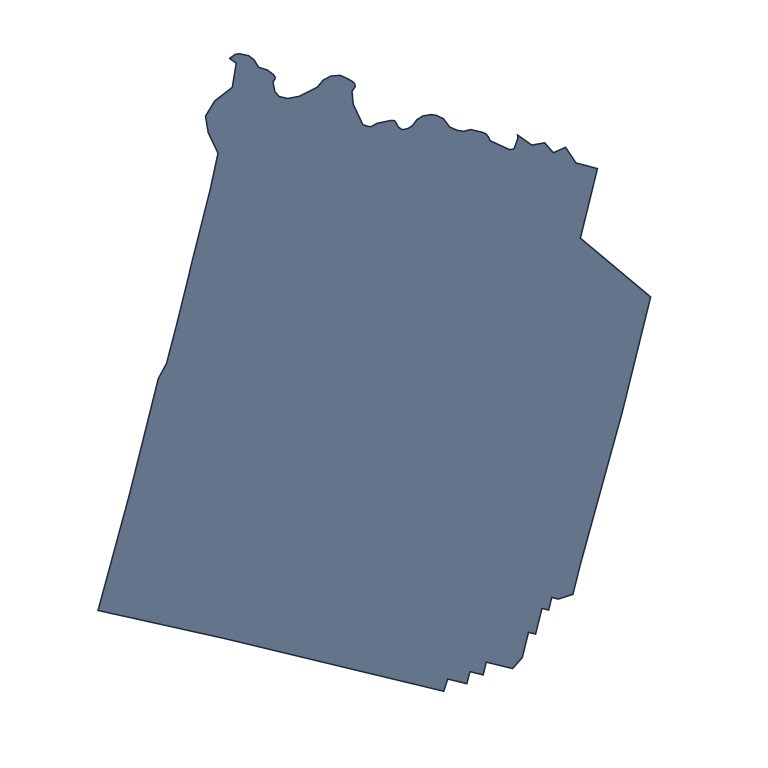 Vernon, Louisiana, United States of America, rotated 104°
{"feature_id": "52423323B35564374613878", "entity_name": "Vernon", "entity_type": "district", "adm_level": 2, "iso_a3": "USA", "parent_name": "United States of America", "parent_adm1": "Louisiana", "projection": "natural_earth1", "projection_center": [-93.381, 31.112], "detail": "fine", "context": "isolated", "style": "filled", "palette": "slate", "viewbox_px": 768, "rotation_deg": 104, "n_neighbors": 0, "source": "geoboundaries", "source_scale": "gbopen_adm2", "svg_char_len": 1352}
<svg xmlns="http://www.w3.org/2000/svg" viewBox="0 0 768 768"><g transform="rotate(104 384 384)"><path d="M672.6,593.1L669.6,479.0L667.7,251.7L654.9,250.8L654.8,231.1L642.3,231.0L642.3,217.4L629.2,217.5L629.0,190.4L615.9,183.6L590.0,183.7L590.0,176.4L563.6,176.4L563.5,169.5L550.6,169.6L550.5,162.8L542.4,149.8L511.3,149.8L354.2,146.0L235.1,146.3L195.0,228.7L123.4,229.0L123.0,251.3L110.4,265.1L118.6,275.6L111.1,286.5L116.4,298.4L110.1,314.6L112.9,313.6L123.6,314.6L125.0,315.6L126.2,319.1L122.2,340.0L119.6,341.9L116.7,345.3L116.0,349.2L116.0,354.6L116.1,361.4L119.6,368.0L120.1,374.7L118.7,382.5L112.3,390.4L110.7,397.8L111.2,403.6L114.6,411.3L119.6,416.0L126.7,419.1L130.5,422.8L132.9,428.0L131.1,432.4L128.0,435.2L125.9,437.4L126.5,440.8L132.7,453.8L137.5,458.8L137.9,461.6L137.5,467.2L120.1,481.5L107.7,485.8L102.3,483.8L99.6,485.2L98.1,488.0L96.7,492.6L95.1,501.2L98.1,510.2L103.9,516.5L112.1,520.5L125.4,535.9L130.3,546.6L130.4,555.4L126.7,560.6L117.8,564.8L115.8,564.1L114.4,563.5L112.5,563.9L110.5,566.2L107.6,573.1L106.9,582.4L101.0,588.4L98.2,594.7L98.5,604.0L100.0,607.9L105.3,612.5L105.3,613.1L108.4,605.0L132.9,603.0L150.3,616.7L167.2,622.0L182.6,615.4L200.2,600.9L238.0,599.7L320.3,599.9L323.5,599.7L378.4,599.6L416.7,600.0L433.4,604.3L553.3,604.3L672.9,606.7L672.6,593.1Z" fill="#64748b" stroke="#1e293b" stroke-width="1.5"/></g></svg>